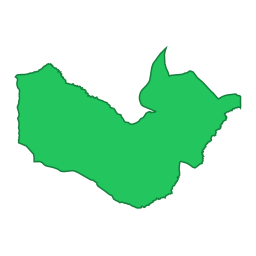 the district of Siem Bouk, Stœng Trêng, Cambodia
{"feature_id": "14789045B16861695729461", "entity_name": "Siem Bouk", "entity_type": "district", "adm_level": 2, "iso_a3": "KHM", "parent_name": "Cambodia", "parent_adm1": "Stœng Trêng", "projection": "mercator", "projection_center": [105.84, 13.315], "detail": "fine", "context": "isolated", "style": "filled", "palette": "green", "viewbox_px": 256, "rotation_deg": 0, "n_neighbors": 0, "source": "geoboundaries", "source_scale": "gbopen_adm2", "svg_char_len": 5731}
<svg xmlns="http://www.w3.org/2000/svg" viewBox="0 0 256 256"><path d="M34.1,161.7L39.5,161.6L41.1,162.0L42.2,162.6L44.2,164.7L46.0,165.8L53.3,167.5L57.6,169.0L60.9,171.2L64.0,171.6L71.6,170.7L72.9,170.7L75.1,171.2L78.5,172.8L90.2,179.5L90.8,179.8L93.3,180.3L95.0,181.7L96.9,182.9L97.0,184.6L98.0,186.1L104.5,190.7L109.3,194.4L110.8,195.2L111.2,195.1L111.5,195.5L112.1,195.6L113.6,199.0L116.5,200.8L118.1,201.2L118.7,201.9L119.9,202.6L121.7,202.2L122.5,202.3L123.7,202.8L125.3,203.3L126.4,203.1L127.3,203.9L128.3,204.2L128.8,204.3L129.6,204.1L131.2,205.4L133.3,206.5L134.2,206.5L136.2,207.7L138.0,208.0L140.9,207.8L141.3,207.6L141.3,206.6L141.9,206.2L144.1,207.4L144.9,207.1L144.8,206.6L145.7,206.2L146.6,205.3L147.7,205.1L148.6,205.2L149.1,205.0L149.4,204.0L150.8,203.4L151.1,202.8L152.9,202.2L153.2,201.5L153.1,200.9L154.2,200.7L154.7,200.3L156.0,199.7L155.9,199.5L156.6,198.3L157.0,198.3L157.7,198.9L158.4,198.7L158.7,199.3L160.3,198.8L160.5,198.1L162.0,197.6L162.4,197.7L163.0,197.5L163.7,197.3L165.1,197.8L165.0,196.8L166.8,195.1L168.0,194.7L168.9,193.9L170.3,193.9L170.9,193.4L171.9,193.4L171.8,191.8L171.4,191.4L171.1,190.1L171.3,189.8L172.4,188.8L172.3,187.6L172.8,186.3L173.0,186.0L174.1,185.7L174.9,184.7L175.2,183.2L175.3,183.0L175.9,182.9L176.3,182.4L176.4,181.5L177.1,181.2L178.0,179.4L177.9,178.6L177.3,177.3L177.5,177.1L177.8,177.2L178.6,177.8L178.8,177.6L178.6,176.7L179.5,175.4L179.6,173.1L179.1,168.9L179.5,163.7L180.1,161.9L180.8,161.5L181.4,161.5L186.5,163.0L189.2,164.5L191.5,166.1L192.4,167.0L194.9,167.9L196.3,167.0L200.0,164.0L202.1,163.4L202.1,162.1L202.4,161.6L202.7,161.5L203.0,160.5L202.7,159.2L203.1,158.6L202.6,158.1L202.5,157.2L202.8,156.8L203.5,156.5L203.0,155.9L203.0,155.0L202.1,154.3L202.5,153.7L202.0,152.9L202.4,152.8L202.7,152.5L202.3,152.1L203.1,151.8L203.3,151.4L202.7,150.6L203.0,149.5L203.9,149.2L203.9,148.6L204.6,148.1L204.8,147.4L205.8,146.7L205.3,145.7L205.4,145.4L206.7,144.1L206.6,143.6L207.5,143.3L207.9,142.8L208.0,142.0L208.3,141.7L208.7,141.9L209.9,141.6L210.1,140.8L211.2,140.5L211.4,140.2L211.0,138.0L212.0,135.8L212.3,135.7L213.5,135.5L214.6,135.8L215.0,135.3L215.6,135.1L215.4,134.2L215.6,133.5L216.0,133.1L216.1,132.6L215.8,132.0L215.9,131.5L215.7,131.2L216.1,130.3L216.7,130.3L217.2,129.7L218.2,129.2L218.5,129.4L219.0,129.3L219.7,128.8L220.0,128.2L220.4,128.3L220.6,127.9L220.5,127.3L220.9,126.8L220.4,126.6L220.4,126.3L220.5,125.8L221.1,124.9L221.1,124.3L221.9,124.0L222.3,123.4L222.2,123.1L222.7,122.7L223.0,121.7L223.6,121.0L224.3,120.8L224.7,120.4L225.8,120.1L226.1,118.9L226.4,118.6L226.6,117.3L226.5,116.8L225.8,117.4L225.6,115.8L225.4,115.6L225.2,114.9L224.5,114.3L224.7,113.6L225.7,113.1L225.8,112.9L226.3,112.4L227.6,111.8L228.6,111.8L230.7,110.3L231.0,110.3L231.2,110.6L231.4,110.5L232.0,110.5L232.0,110.0L232.6,109.6L232.8,108.8L233.4,108.7L234.2,108.8L235.3,107.8L236.4,107.7L236.9,107.9L237.4,107.5L238.7,107.1L240.2,107.6L240.4,107.9L240.6,106.7L240.5,100.8L240.6,98.3L240.5,96.6L239.9,95.9L238.8,95.6L237.5,95.5L236.9,95.3L236.5,94.4L235.6,94.1L233.8,94.2L227.4,95.0L225.6,95.4L222.6,96.5L218.5,98.8L218.0,98.7L213.0,93.0L210.8,91.0L202.7,82.3L197.0,77.4L195.4,75.0L193.3,72.3L192.9,71.9L191.5,71.5L191.1,71.2L190.2,71.0L189.2,71.2L187.2,72.8L185.1,73.1L182.4,74.3L171.5,75.3L169.2,76.0L167.8,71.8L166.1,68.1L164.8,63.4L164.4,54.8L165.0,51.4L166.1,48.0L165.4,48.6L162.8,51.4L160.6,53.4L153.2,63.5L151.8,67.6L149.9,79.7L148.9,82.2L146.3,85.6L142.0,90.0L140.5,92.6L139.7,95.3L139.4,97.6L139.6,99.9L140.8,103.4L141.4,104.6L142.6,105.8L143.3,106.2L155.6,111.4L155.4,111.9L154.2,112.3L152.7,112.3L152.0,112.7L150.3,112.3L150.5,111.9L149.4,111.7L148.1,112.1L147.1,112.8L146.2,113.2L143.4,117.5L141.0,118.6L139.9,119.8L138.8,121.4L136.5,122.7L133.5,124.0L130.9,124.2L129.9,123.9L128.4,122.5L125.4,122.2L125.0,121.9L124.0,120.7L122.9,118.5L121.8,117.3L121.1,115.9L121.0,115.0L119.8,114.5L118.6,114.4L117.3,113.7L115.8,111.6L114.5,109.2L113.7,108.5L110.6,107.6L110.1,107.2L110.0,106.0L109.4,105.0L109.1,105.0L107.9,104.1L107.0,102.7L104.4,101.9L102.2,100.7L98.6,99.5L97.6,98.9L96.8,97.2L96.2,97.3L95.7,97.9L95.2,98.1L94.7,97.8L94.0,97.8L93.8,97.2L92.9,96.6L92.8,96.3L92.0,96.2L91.0,97.1L90.1,96.7L89.7,95.9L88.8,95.5L88.1,96.0L88.0,95.5L88.1,95.1L88.1,94.2L87.8,93.6L87.4,93.1L86.7,93.0L86.2,93.2L85.5,92.4L86.0,91.7L85.8,90.7L84.9,89.8L83.5,89.3L81.9,89.3L81.7,89.1L82.1,87.9L81.6,88.0L81.4,88.2L80.9,87.8L80.8,88.0L80.5,87.9L80.6,87.4L80.4,86.8L79.7,86.3L78.1,86.6L77.7,86.4L77.2,85.7L76.4,86.3L75.7,85.6L74.4,85.6L73.4,85.0L73.3,84.6L73.6,84.3L73.2,83.9L72.5,84.0L72.4,84.3L71.8,84.4L70.7,84.4L69.5,84.1L68.6,83.6L67.1,83.5L65.8,83.0L66.0,82.4L65.5,81.7L65.7,81.0L65.6,80.3L63.2,78.3L63.1,78.1L63.3,77.3L62.3,77.2L62.2,76.6L61.1,75.5L61.0,75.1L61.6,74.6L61.6,74.2L61.5,73.9L60.5,73.5L60.3,72.8L60.7,72.1L59.8,72.0L59.1,71.9L58.5,71.4L58.3,71.5L58.4,71.2L59.1,71.1L59.1,70.8L58.6,70.8L58.2,69.8L57.2,69.5L56.2,68.7L56.0,68.1L55.0,68.2L52.4,66.4L52.5,65.6L51.6,65.3L51.6,64.7L51.3,64.4L51.0,64.5L50.4,64.4L50.3,64.0L49.7,64.3L48.3,63.8L46.9,64.5L45.8,65.7L45.2,65.7L44.6,66.3L43.9,66.5L41.6,68.9L38.7,70.4L38.6,70.9L38.1,71.5L36.1,71.7L35.6,71.9L35.0,71.8L34.6,72.1L34.0,72.1L33.3,72.7L31.8,73.1L30.3,73.1L27.0,74.2L24.6,74.5L20.4,74.6L17.7,74.9L16.7,75.3L15.4,76.9L17.0,78.1L17.5,79.0L17.5,80.2L16.9,83.1L17.1,85.5L17.8,87.7L19.2,89.5L19.6,90.7L19.2,94.2L19.4,95.2L19.2,96.4L19.6,98.6L18.9,100.7L18.7,103.5L17.4,106.8L17.4,107.8L18.5,111.3L19.1,114.9L18.8,116.4L17.9,117.9L17.7,118.6L18.6,120.9L19.0,122.9L19.0,124.8L18.6,127.7L19.5,131.3L19.0,132.0L19.0,133.0L18.8,133.6L19.5,135.5L19.0,137.0L19.0,139.4L18.5,140.0L18.6,140.8L18.9,141.5L18.6,142.7L26.3,146.0L32.9,153.4L33.4,153.6L34.1,157.2L34.1,161.7Z" fill="#22c55e" stroke="#15803d" stroke-width="1.5"/></svg>